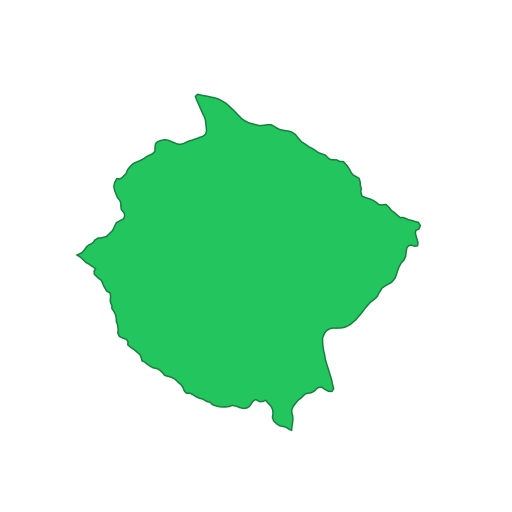 the district of Indaiabira, Minas Gerais, Brazil, rotated 331°
{"feature_id": "56859067B4422919980234", "entity_name": "Indaiabira", "entity_type": "district", "adm_level": 2, "iso_a3": "BRA", "parent_name": "Brazil", "parent_adm1": "Minas Gerais", "projection": "robinson", "projection_center": [-42.141, -15.564], "detail": "fine", "context": "isolated", "style": "filled", "palette": "green", "viewbox_px": 512, "rotation_deg": 331, "n_neighbors": 0, "source": "geoboundaries", "source_scale": "gbopen_adm2", "svg_char_len": 4177}
<svg xmlns="http://www.w3.org/2000/svg" viewBox="0 0 512 512"><g transform="rotate(331 256 256)"><path d="M411.6,311.4L414.5,309.1L414.3,305.3L411.8,302.9L409.4,300.3L407.1,298.4L405.3,295.9L403.3,293.6L400.7,292.3L399.2,288.4L397.9,284.7L396.5,281.7L396.0,278.2L394.7,273.9L391.2,272.5L388.4,270.8L387.5,268.1L385.7,264.5L383.6,261.7L380.6,258.6L377.7,255.0L378.8,250.6L380.7,248.2L381.5,245.0L383.0,241.7L383.8,238.1L381.7,234.5L380.2,232.2L379.7,229.1L379.8,225.0L379.4,221.1L378.2,215.8L375.1,213.9L373.2,211.1L370.4,209.4L367.9,207.8L366.5,205.0L365.5,201.3L363.2,198.7L360.7,195.9L359.4,193.1L357.7,189.8L355.3,186.3L353.0,181.5L351.2,178.2L350.6,175.5L349.9,172.3L349.4,168.9L348.2,166.5L346.7,164.2L344.8,162.4L341.7,160.0L338.2,157.1L335.9,153.6L334.6,151.2L332.9,148.5L330.1,146.9L327.7,146.0L324.9,144.9L322.0,143.5L319.8,141.4L317.0,138.7L314.7,136.5L313.1,134.4L311.3,131.4L310.0,128.7L308.8,124.4L307.8,120.5L306.9,117.3L305.7,113.6L304.7,110.4L303.4,107.2L301.5,104.0L300.1,101.7L298.5,99.6L296.0,97.1L293.3,94.9L290.7,92.5L287.2,89.8L283.4,86.3L280.4,87.0L279.7,91.2L279.3,96.5L278.9,100.3L278.5,104.6L278.3,109.3L277.7,112.4L276.2,116.1L275.0,119.0L273.4,122.5L271.2,124.9L267.5,125.6L264.2,124.9L261.4,124.6L258.7,124.1L255.9,123.6L252.2,122.8L247.7,122.6L245.4,122.1L243.1,121.2L241.0,119.3L238.5,116.2L235.9,112.8L232.8,110.1L228.7,108.8L225.1,108.3L222.5,109.1L220.2,112.3L218.3,115.5L214.9,116.4L211.9,116.2L208.8,116.0L205.6,116.4L201.5,116.4L198.4,116.1L195.4,115.7L192.4,115.8L189.1,116.8L185.5,118.3L182.4,120.9L179.1,121.8L176.7,122.6L174.1,122.5L171.6,120.9L167.7,123.5L165.3,126.4L164.1,130.1L163.5,134.9L163.2,138.0L163.8,141.2L163.5,144.2L162.1,146.5L160.7,150.1L161.5,154.5L160.7,157.1L158.4,159.2L154.7,159.2L150.0,159.2L147.4,161.0L145.0,162.8L142.5,164.4L140.1,164.9L137.6,165.7L134.4,166.4L131.3,165.6L128.8,164.9L126.6,163.7L123.1,163.9L120.0,165.2L117.6,165.5L115.2,165.3L112.5,165.7L109.1,167.4L105.6,168.7L102.7,168.6L99.9,168.4L101.8,171.7L102.9,175.1L104.2,179.4L106.3,182.6L107.8,186.0L109.6,189.3L107.0,190.8L105.8,193.6L106.7,196.7L107.5,199.3L108.9,202.3L108.7,205.0L108.3,208.1L108.3,214.2L110.5,217.7L109.2,220.9L107.6,223.2L106.3,225.7L105.8,229.7L104.5,232.0L104.9,235.9L104.6,239.9L103.3,243.3L102.0,245.8L101.7,248.5L100.8,251.0L99.8,253.6L97.8,256.3L97.5,260.1L99.9,263.5L102.1,265.8L102.5,268.9L100.8,271.6L102.3,275.6L104.0,278.6L105.4,282.6L106.7,286.0L106.3,289.3L105.5,292.4L107.2,294.7L108.5,298.1L109.9,300.9L111.8,303.9L115.1,306.7L116.7,309.6L117.6,312.7L118.3,316.2L120.2,318.1L122.8,320.7L125.0,323.5L126.1,326.5L127.0,329.7L128.1,332.2L128.3,336.1L127.9,339.4L128.7,342.4L131.8,344.0L133.6,346.8L135.6,350.4L137.6,353.0L140.2,355.5L142.5,359.5L145.0,361.6L145.8,364.9L147.6,366.9L149.8,369.2L152.9,371.5L156.4,373.4L159.7,374.7L162.7,375.1L166.0,377.8L168.3,380.7L171.0,383.2L174.2,384.5L177.0,384.4L179.7,383.3L182.4,381.7L186.2,381.3L188.6,385.2L191.8,386.7L194.5,386.8L195.3,390.9L196.3,394.8L196.0,398.6L194.4,402.2L192.1,405.1L191.5,409.0L192.7,412.7L194.4,416.0L196.9,418.1L199.2,420.2L200.9,423.6L202.6,425.7L205.0,422.2L207.5,419.1L209.4,416.2L210.7,413.3L211.3,410.4L212.7,407.9L215.5,405.7L218.1,404.5L221.0,403.3L223.4,402.5L226.4,402.1L229.3,401.3L232.2,400.5L235.3,401.3L237.9,402.4L241.7,402.4L244.3,401.7L246.6,401.2L249.9,402.6L251.6,406.1L253.8,409.5L256.8,411.3L259.6,409.7L260.6,405.7L262.1,401.0L263.0,396.7L263.9,392.4L264.6,389.2L265.2,386.0L265.8,383.2L266.6,379.8L267.9,376.3L269.2,371.9L270.7,367.6L272.8,363.1L274.5,359.9L276.6,358.2L278.8,356.6L281.6,355.5L285.5,355.4L288.7,356.5L291.2,358.0L294.0,359.4L296.6,360.6L299.4,361.4L302.4,361.6L305.5,361.6L309.0,360.8L312.4,360.2L314.9,359.2L317.6,358.2L320.8,357.0L324.1,355.5L327.0,354.3L329.9,353.2L333.3,352.0L336.7,351.5L339.7,351.0L342.6,350.1L345.4,348.1L348.0,346.7L350.9,345.1L354.8,344.8L358.0,344.7L360.6,344.9L363.5,344.2L367.0,342.7L369.9,340.2L372.3,337.9L375.7,335.0L379.4,332.6L383.6,331.2L386.8,328.8L388.4,326.4L390.3,324.1L392.0,321.8L394.7,321.0L397.0,321.8L399.6,324.4L402.3,325.4L404.3,322.5L405.0,319.0L405.7,316.1L406.5,313.3L408.1,311.1L411.6,311.4Z" fill="#22c55e" stroke="#15803d" stroke-width="1.5"/></g></svg>